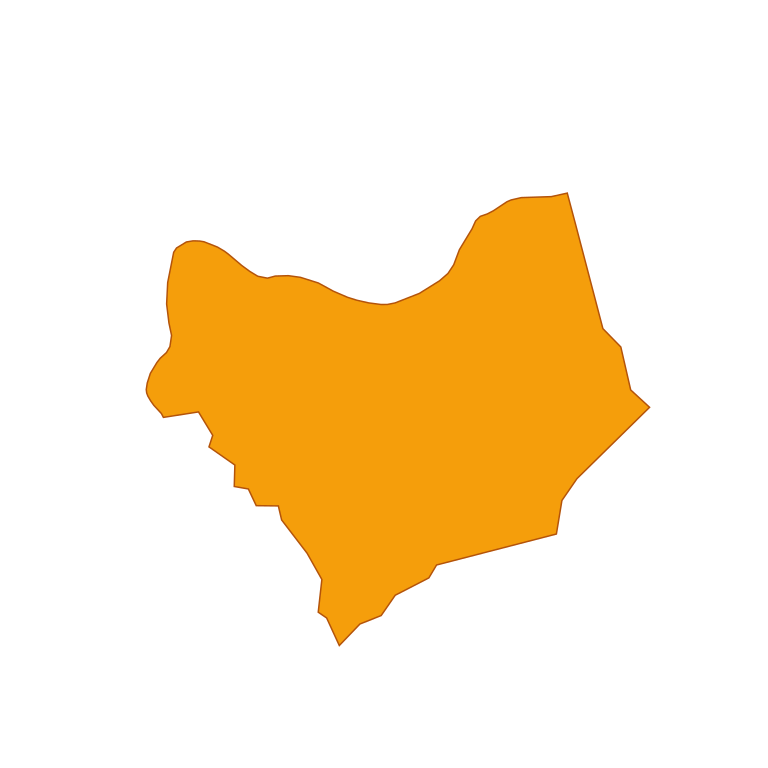 the district of Greenup, Kentucky, United States of America, rotated 297°
{"feature_id": "52423323B79088565472709", "entity_name": "Greenup", "entity_type": "district", "adm_level": 2, "iso_a3": "USA", "parent_name": "United States of America", "parent_adm1": "Kentucky", "projection": "orthographic", "projection_center": [-82.912, 38.565], "detail": "fine", "context": "isolated", "style": "filled", "palette": "amber", "viewbox_px": 768, "rotation_deg": 297, "n_neighbors": 0, "source": "geoboundaries", "source_scale": "gbopen_adm2", "svg_char_len": 1227}
<svg xmlns="http://www.w3.org/2000/svg" viewBox="0 0 768 768"><g transform="rotate(297 384 384)"><path d="M637.3,460.6L637.2,460.5L626.9,448.0L612.4,421.7L605.7,413.7L602.2,410.8L588.0,402.8L582.4,398.8L577.1,393.7L570.9,391.6L562.2,392.0L537.9,390.2L521.9,392.0L511.5,390.8L501.1,386.6L485.0,376.9L480.8,374.4L461.2,357.0L456.4,350.9L453.5,345.3L449.3,333.5L446.3,321.7L444.7,312.2L443.7,296.6L444.2,279.6L441.1,261.1L437.1,249.6L430.8,238.1L425.4,232.1L422.7,222.6L423.4,213.3L425.0,203.5L429.1,186.1L429.9,181.4L430.4,173.5L429.0,159.0L427.7,154.9L426.0,151.2L424.8,148.8L420.8,143.4L411.0,137.4L405.9,136.8L376.2,145.2L356.6,154.0L340.7,164.7L330.8,172.7L320.1,176.3L313.3,175.9L305.3,172.9L300.0,171.9L287.4,171.0L277.4,172.6L271.1,174.7L268.3,176.6L268.1,176.8L266.0,179.1L263.0,183.8L260.5,188.6L256.6,199.1L254.1,202.6L274.9,231.4L260.5,254.7L248.5,256.6L244.1,287.9L224.7,297.1L228.9,310.8L217.6,325.4L227.4,345.2L216.4,354.5L198.3,392.3L181.6,417.4L150.8,429.0L149.5,439.1L130.7,462.9L159.2,471.5L176.4,486.6L200.9,489.9L231.6,512.0L246.6,513.0L328.6,605.7L361.0,595.4L387.3,598.9L483.8,631.2L490.7,606.5L524.5,578.2L532.7,553.9L613.1,482.3L637.3,460.6Z" fill="#f59e0b" stroke="#b45309" stroke-width="1.5"/></g></svg>